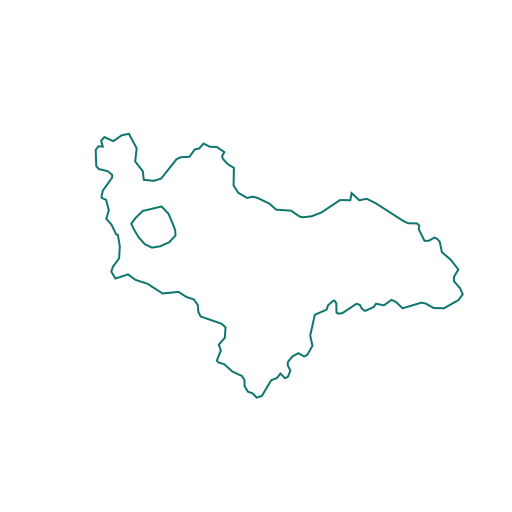 the Administrative County of Derbyshire, rotated 124°
{"feature_id": "GBR-2059", "entity_name": "Derbyshire", "entity_type": "Administrative County", "adm_level": 1, "iso_a3": "GBR", "parent_name": "United Kingdom", "parent_adm1": "", "projection": "mercator", "projection_center": [-1.584, 53.108], "detail": "fine", "context": "isolated", "style": "outline", "palette": "teal", "viewbox_px": 512, "rotation_deg": 124, "n_neighbors": 0, "source": "natural_earth", "source_scale": "10m", "svg_char_len": 2088}
<svg xmlns="http://www.w3.org/2000/svg" viewBox="0 0 512 512"><g transform="rotate(124 256 256)"><path d="M150.4,211.9L152.0,201.5L146.7,196.3L145.3,186.1L144.6,153.4L143.8,148.2L139.0,140.8L139.5,137.6L142.9,135.9L149.2,124.8L146.7,121.2L140.9,118.4L140.5,114.9L141.6,111.5L148.9,104.0L150.2,92.6L154.0,80.7L162.5,80.2L166.2,77.9L168.6,68.9L172.1,63.2L179.3,63.5L194.2,70.9L199.8,79.7L200.5,88.5L202.1,92.7L217.4,105.3L215.8,114.2L216.6,119.1L225.4,122.4L228.4,129.8L232.5,129.9L240.5,134.8L240.6,138.2L238.5,142.7L239.4,146.0L255.2,152.5L258.0,155.9L257.8,157.7L250.4,162.9L249.1,166.1L250.4,167.1L256.5,168.7L261.1,167.5L271.8,174.4L291.6,166.6L298.9,159.0L309.4,158.2L312.3,159.9L312.9,166.6L318.8,169.6L326.0,170.3L328.8,168.7L331.8,163.4L338.5,162.0L341.1,163.7L339.8,170.0L345.4,170.4L350.6,173.9L368.7,172.9L373.0,176.2L371.8,181.9L373.0,187.0L370.2,192.8L365.4,196.0L363.3,200.5L365.0,210.9L363.5,221.8L365.3,227.9L364.6,230.0L354.0,232.3L350.2,237.3L341.3,236.1L332.2,241.3L331.4,246.6L337.1,268.0L334.8,272.3L329.1,277.0L326.8,283.3L328.9,291.0L329.1,300.2L339.3,312.5L339.7,330.5L343.2,342.6L342.8,351.8L353.3,360.0L349.9,367.2L345.0,368.6L334.5,368.2L324.2,374.3L315.7,382.3L316.3,384.0L310.8,393.3L308.9,400.9L300.2,403.7L293.3,411.7L294.1,416.4L292.9,417.5L287.3,419.6L271.4,419.1L269.1,420.8L268.6,426.3L271.8,435.0L270.8,438.7L257.7,448.2L253.2,448.0L251.0,444.2L247.1,448.8L242.2,448.2L240.6,438.5L230.9,434.8L225.8,429.7L233.4,415.2L245.2,409.0L249.0,397.3L255.6,391.6L250.8,382.7L244.8,377.9L220.2,376.0L216.2,373.6L210.9,366.6L201.9,366.4L198.6,363.2L192.1,362.4L191.3,355.6L187.5,349.2L187.6,340.3L192.1,340.0L194.0,337.8L195.6,330.5L195.3,323.6L210.1,314.0L213.5,306.1L212.9,296.0L208.5,291.6L207.0,287.2L205.1,274.0L206.3,265.2L198.8,252.3L198.9,241.8L197.6,238.7L192.0,232.1L183.2,226.0L162.6,217.6L157.0,209.0L150.4,211.9ZM299.0,377.5L301.9,372.7L306.1,363.9L308.4,354.7L307.2,346.9L301.7,341.0L293.1,335.6L284.0,334.2L279.6,337.6L274.6,344.9L269.9,352.2L267.8,362.0L282.0,375.1L291.7,377.1L299.0,377.5Z" fill="none" stroke="#0f766e" stroke-width="2"/></g></svg>